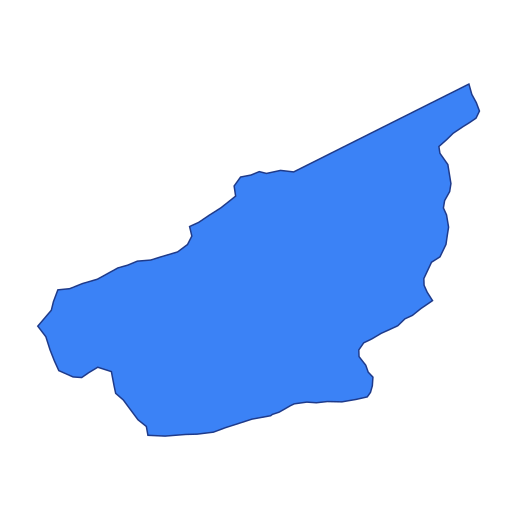 Ammochostos, Cyprus, rotated 274°
{"feature_id": "46923920B15488277877643", "entity_name": "Ammochostos", "entity_type": "district", "adm_level": 2, "iso_a3": "CYP", "parent_name": "Cyprus", "parent_adm1": "", "projection": "equal_earth", "projection_center": [33.927, 35.12], "detail": "fine", "context": "isolated", "style": "filled", "palette": "blue", "viewbox_px": 512, "rotation_deg": 274, "n_neighbors": 0, "source": "geoboundaries", "source_scale": "gbopen_adm2", "svg_char_len": 1380}
<svg xmlns="http://www.w3.org/2000/svg" viewBox="0 0 512 512"><g transform="rotate(274 256 256)"><path d="M69.6,160.7L70.0,177.9L73.1,198.4L74.2,209.8L77.3,225.8L82.5,237.2L93.0,263.4L97.7,281.8L99.1,283.3L101.8,289.9L109.1,300.8L111.2,304.5L113.8,316.9L113.8,326.4L115.8,337.3L116.5,351.9L119.9,365.8L123.2,376.8L127.9,379.7L134.6,381.1L143.3,381.1L148.0,376.0L154.7,373.1L162.8,365.8L169.5,365.1L176.9,369.5L181.5,377.5L187.6,386.3L192.3,395.0L196.3,402.3L203.7,408.9L207.7,416.2L215.1,424.2L223.8,435.2L231.8,429.3L238.5,425.7L245.2,425.0L262.0,431.5L268.0,439.6L280.8,444.7L290.2,445.4L298.2,446.1L310.3,443.2L317.0,439.6L324.4,440.3L333.8,444.7L341.8,445.4L360.6,441.0L371.3,432.3L378.0,430.8L385.4,438.1L392.1,444.0L399.5,453.5L404.2,460.0L408.9,465.9L416.2,468.8L424.3,465.1L432.3,460.0L442.4,456.4L342.5,287.7L343.1,274.5L339.1,260.7L340.4,253.4L336.4,245.3L333.7,235.1L324.3,229.3L314.3,231.5L301.6,217.6L293.5,206.6L285.5,196.4L280.8,187.7L271.4,190.6L262.7,186.9L254.6,177.5L248.6,161.4L244.6,151.2L242.6,138.0L237.9,128.6L234.5,119.1L229.8,111.8L221.8,99.4L216.4,84.8L210.4,72.4L208.4,60.7L196.3,57.1L187.6,55.6L170.8,43.2L160.8,52.0L148.0,57.1L137.3,62.2L127.9,67.3L122.6,81.9L122.6,90.6L127.9,97.2L134.0,105.9L130.6,119.8L116.5,123.5L109.2,125.6L103.1,133.7L97.1,138.8L84.4,149.7L78.3,158.5L69.6,160.7Z" fill="#3b82f6" stroke="#1e3a8a" stroke-width="1.5"/></g></svg>